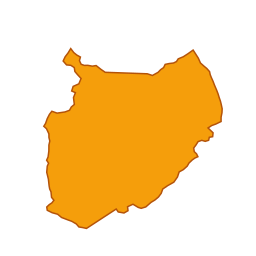 Colombo, Paraná, Brazil, rotated 258°
{"feature_id": "56859067B90455613848292", "entity_name": "Colombo", "entity_type": "district", "adm_level": 2, "iso_a3": "BRA", "parent_name": "Brazil", "parent_adm1": "Paraná", "projection": "albers", "projection_center": [-49.18, -25.309], "detail": "fine", "context": "isolated", "style": "filled", "palette": "amber", "viewbox_px": 256, "rotation_deg": 258, "n_neighbors": 0, "source": "geoboundaries", "source_scale": "gbopen_adm2", "svg_char_len": 1727}
<svg xmlns="http://www.w3.org/2000/svg" viewBox="0 0 256 256"><g transform="rotate(258 128 128)"><path d="M75.8,173.5L78.4,178.0L81.0,180.3L83.4,184.2L84.7,187.2L85.4,190.4L88.4,189.7L91.1,187.9L94.8,188.1L97.1,190.8L100.1,193.7L100.6,197.6L98.9,200.8L99.2,204.3L102.0,205.6L101.9,209.0L105.6,210.2L111.4,206.3L113.0,210.4L113.6,214.7L115.0,220.4L119.2,221.3L123.4,223.1L127.2,224.1L131.8,224.1L135.0,224.0L139.0,223.5L142.6,223.2L146.4,222.6L152.0,221.5L155.9,220.9L160.1,220.0L163.1,219.5L166.2,219.5L169.9,217.4L172.8,215.1L176.5,212.4L181.7,211.3L187.3,209.2L190.7,207.9L188.1,201.9L186.2,196.9L185.2,191.5L182.9,189.2L182.1,186.0L182.5,181.7L182.5,177.6L179.7,175.4L178.3,172.1L176.2,169.0L174.3,162.8L177.0,158.2L181.2,141.4L185.8,122.9L187.2,117.3L190.9,113.8L195.7,109.8L195.9,106.0L197.7,101.6L198.3,98.3L200.1,95.4L204.0,94.5L207.3,96.2L210.1,93.0L213.1,90.6L217.6,88.5L213.8,84.9L210.7,81.3L207.0,78.5L202.5,81.0L201.2,85.1L198.3,88.0L194.3,87.8L190.9,89.6L186.2,92.4L181.4,89.1L180.1,83.0L175.9,80.6L173.5,83.9L169.1,81.0L162.2,80.4L160.3,76.9L157.5,74.5L156.8,69.7L157.3,61.7L160.2,57.0L157.7,54.0L154.0,51.0L149.6,48.3L147.2,46.0L144.3,48.1L138.7,49.4L135.1,48.7L131.5,48.8L127.8,47.1L122.0,45.8L116.3,43.8L113.4,41.7L110.1,43.0L107.5,41.1L101.6,39.3L94.6,39.5L87.7,38.8L84.6,38.7L81.6,39.4L76.1,38.8L72.7,40.5L70.6,38.0L69.4,35.0L67.6,32.1L64.3,31.9L60.9,36.2L58.3,41.2L54.3,44.4L50.8,49.8L48.5,53.5L44.9,57.5L41.4,59.4L40.1,62.8L38.4,66.5L51.2,99.6L47.9,101.0L45.7,106.4L47.1,110.8L51.1,111.2L52.4,117.0L48.2,121.5L46.7,124.2L47.1,129.0L50.5,135.1L52.0,139.4L54.2,143.5L57.2,146.9L61.1,149.3L63.4,154.9L65.5,161.6L69.8,166.2L74.4,168.9L75.8,173.5Z" fill="#f59e0b" stroke="#b45309" stroke-width="1.5"/></g></svg>